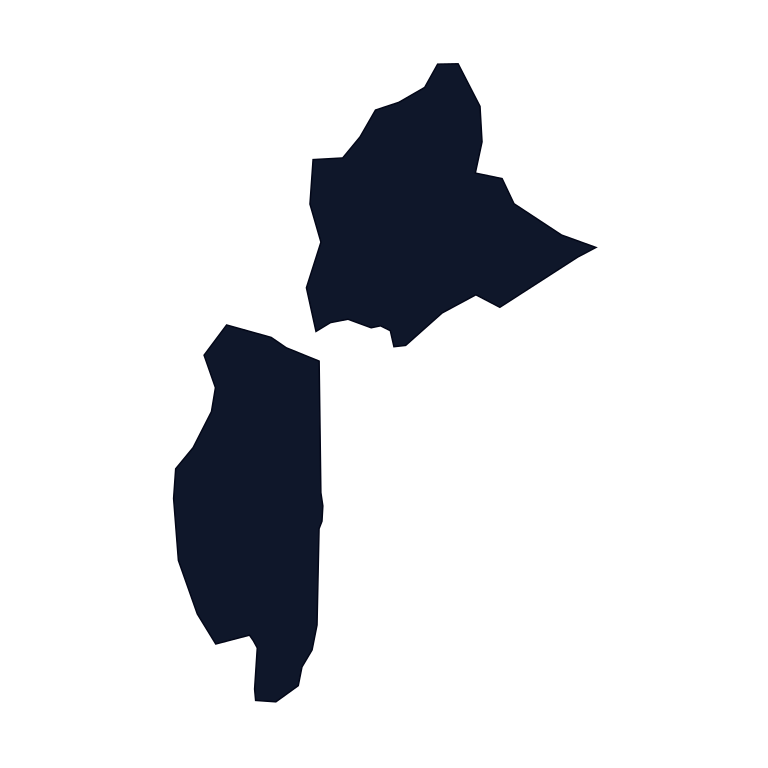 the border of Raunas, rotated 94°
{"feature_id": "LVA-5799", "entity_name": "Raunas", "entity_type": "Municipality", "adm_level": 1, "iso_a3": "LVA", "parent_name": "Latvia", "parent_adm1": "", "projection": "equal_earth", "projection_center": [25.779, 57.325], "detail": "fine", "context": "isolated", "style": "filled", "palette": "ink", "viewbox_px": 768, "rotation_deg": 94, "n_neighbors": 0, "source": "natural_earth", "source_scale": "10m", "svg_char_len": 876}
<svg xmlns="http://www.w3.org/2000/svg" viewBox="0 0 768 768"><g transform="rotate(94 384 384)"><path d="M233.0,182.1L243.8,199.5L299.4,273.8L288.6,298.6L309.1,331.0L344.0,365.1L346.1,376.7L330.4,381.4L326.2,391.5L328.8,400.7L321.9,424.5L326.5,441.7L336.3,455.5L293.4,468.1L246.9,456.8L209.7,470.4L165.1,470.4L161.4,441.0L139.1,425.1L111.3,411.6L102.0,388.9L85.3,364.1L61.2,352.8L59.4,332.4L100.3,307.6L135.6,303.1L167.2,307.6L170.9,280.5L195.1,266.9L223.0,217.3L233.0,182.1ZM629.1,434.0L654.3,437.2L672.0,446.1L690.9,448.5L708.6,469.7L708.6,490.0L697.4,491.8L656.1,492.0L649.1,496.5L643.9,500.7L655.1,533.7L626.4,554.2L574.3,576.8L512.9,585.9L483.1,585.9L460.8,570.0L423.6,554.2L399.4,551.9L367.8,565.5L336.1,545.1L345.4,499.8L354.7,484.0L365.7,450.3L496.8,439.4L509.9,436.5L525.2,436.3L532.9,438.7L629.1,434.0Z" fill="#0f172a" stroke="#020617" stroke-width="1.5"/></g></svg>